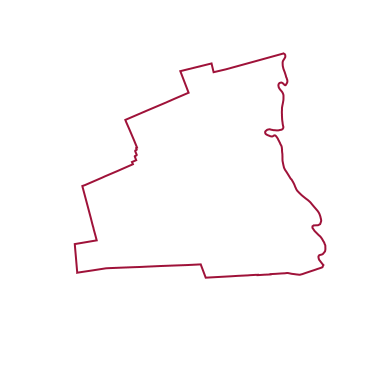 outline of Perieti, Ialomita, Romania, rotated 249°
{"feature_id": "2599482B58412168302533", "entity_name": "Perieti", "entity_type": "district", "adm_level": 2, "iso_a3": "ROU", "parent_name": "Romania", "parent_adm1": "Ialomita", "projection": "natural_earth1", "projection_center": [27.247, 44.595], "detail": "fine", "context": "isolated", "style": "outline", "palette": "rose", "viewbox_px": 384, "rotation_deg": 249, "n_neighbors": 0, "source": "geoboundaries", "source_scale": "gbopen_adm2", "svg_char_len": 4526}
<svg xmlns="http://www.w3.org/2000/svg" viewBox="0 0 384 384"><g transform="rotate(249 192 192)"><path d="M122.7,303.0L124.3,303.1L126.3,303.1L127.6,302.9L129.3,302.5L131.0,301.9L132.7,301.3L134.6,300.6L137.8,299.5L139.7,298.9L141.2,298.2L142.9,297.3L145.1,295.9L148.0,294.2L149.8,293.2L151.5,292.4L152.2,292.1L153.0,291.7L153.8,291.4L154.7,291.0L155.8,290.6L157.0,290.4L157.9,290.3L158.9,290.3L159.6,290.2L160.5,290.2L162.0,290.2L163.5,290.1L164.2,290.0L165.2,289.9L166.8,289.6L167.6,289.5L168.3,289.3L168.8,289.0L169.0,288.9L171.7,288.4L174.4,287.9L176.9,287.4L179.4,286.8L180.6,286.7L181.9,286.6L183.0,286.8L184.0,286.9L186.4,287.3L188.7,287.7L189.5,288.0L190.2,288.2L191.5,288.7L192.8,289.2L193.4,289.4L194.0,289.6L194.5,289.8L195.1,290.0L196.8,290.4L198.5,290.9L198.8,291.0L199.1,291.2L199.5,291.3L199.9,291.4L201.4,291.8L202.7,292.0L203.8,291.9L204.9,291.7L206.3,291.7L207.1,291.6L207.9,291.5L208.5,291.5L209.0,291.4L209.6,291.3L210.2,291.3L211.1,291.2L212.2,291.0L213.2,290.7L213.9,290.5L214.4,290.3L215.0,289.9L215.3,289.4L215.4,288.9L215.2,288.3L215.1,287.5L215.1,286.7L215.3,286.3L215.5,285.9L216.1,285.0L216.8,284.3L217.4,283.6L218.2,282.8L219.0,282.1L219.8,281.6L220.7,281.5L221.6,281.7L222.2,282.1L222.5,282.6L222.7,283.2L222.8,283.6L223.1,284.3L223.1,285.0L223.0,285.7L222.9,286.2L222.8,286.7L222.7,287.1L222.2,287.7L221.8,288.2L221.4,288.9L220.6,290.1L220.1,291.2L219.8,291.9L219.2,293.0L218.8,294.0L218.5,295.1L218.4,296.3L218.1,297.6L218.1,298.3L218.3,299.1L218.7,299.7L219.2,300.2L219.9,300.6L220.9,300.7L222.2,300.9L223.2,301.1L225.1,301.6L226.2,301.8L226.7,302.0L227.3,302.1L228.1,302.4L228.9,302.6L229.9,303.0L231.0,303.3L231.9,303.7L232.9,304.0L233.5,304.2L234.8,304.7L235.3,304.9L236.1,305.3L236.9,305.6L237.4,305.8L237.9,306.0L238.3,306.2L238.8,306.4L239.2,306.7L239.5,306.9L239.8,307.0L240.1,307.2L241.0,307.8L242.9,309.0L245.1,310.3L246.5,310.9L248.8,311.8L249.7,312.1L250.6,312.2L251.7,312.2L252.5,312.1L253.5,311.9L255.4,311.2L256.7,310.8L257.7,310.6L258.7,310.5L259.8,310.7L260.7,310.9L261.5,311.4L262.0,312.0L262.4,312.8L262.3,313.8L262.2,314.6L261.7,315.2L261.1,315.7L259.6,316.4L258.8,316.8L258.3,317.2L258.2,317.7L258.5,318.1L259.3,319.2L260.1,320.1L260.7,320.5L261.4,320.8L262.5,321.1L263.4,321.1L264.4,321.2L265.6,321.1L267.1,321.3L269.0,321.4L270.6,321.5L273.3,321.5L274.2,321.5L277.1,321.9L278.1,322.2L279.6,322.7L280.6,323.1L281.4,323.6L282.1,324.3L282.8,325.3L283.5,326.2L284.4,327.3L285.1,327.7L286.4,328.1L287.1,328.0L287.6,327.9L288.1,327.4L288.6,327.1L288.6,326.5L291.8,293.6L294.4,267.4L296.1,255.1L305.0,256.3L309.0,224.4L285.9,224.4L285.3,209.1L284.8,198.6L284.1,177.9L283.2,155.6L281.1,155.6L272.7,156.0L261.8,156.4L253.2,156.6L253.2,155.8L253.1,155.6L252.9,155.6L252.2,155.6L251.4,155.6L251.2,155.4L251.1,154.8L251.1,154.2L251.0,153.9L250.9,153.8L250.7,153.7L250.4,153.6L246.4,153.7L246.2,153.5L246.1,153.3L246.0,152.4L246.0,151.6L245.9,151.4L245.7,151.3L241.7,151.3L241.5,146.7L239.1,146.8L238.5,134.2L238.3,130.2L237.8,116.2L237.6,113.3L236.8,94.5L236.9,91.8L235.7,91.6L217.8,89.7L204.8,88.3L204.7,88.3L198.0,87.5L196.1,87.3L195.2,87.2L194.7,87.2L193.8,87.1L193.2,87.0L192.6,86.9L191.7,86.8L186.5,86.3L181.0,85.7L184.2,69.8L185.4,63.9L179.2,62.1L172.9,60.3L160.1,56.6L158.2,56.1L157.8,55.9L156.6,61.4L154.4,71.3L153.8,74.1L151.6,84.3L150.7,87.1L146.2,100.4L142.3,111.8L140.8,116.1L138.7,122.5L134.1,136.3L129.9,148.6L125.5,161.4L121.3,174.2L121.2,174.2L107.1,174.1L99.3,198.3L97.3,204.7L94.5,213.2L94.1,214.4L93.5,216.5L91.9,221.5L91.5,222.5L91.4,222.8L91.0,224.1L90.8,224.1L90.7,224.0L90.5,224.6L88.8,230.1L87.4,234.2L86.9,235.8L87.2,235.9L85.6,240.8L83.7,247.0L83.0,249.0L82.5,250.9L82.4,251.5L82.2,251.9L82.1,252.2L82.0,252.5L81.6,253.1L81.1,253.9L80.3,255.1L79.7,256.1L79.4,256.7L78.6,258.2L77.7,259.8L76.9,261.4L76.4,262.3L76.2,262.8L76.1,263.1L76.0,263.6L76.0,263.9L75.9,264.8L75.8,265.5L75.7,269.0L75.4,275.8L75.3,277.6L75.2,280.3L75.2,281.4L75.1,282.9L75.0,285.3L75.0,286.2L75.0,286.5L75.1,286.9L75.7,287.4L76.2,287.9L76.3,288.0L76.7,288.5L77.9,288.0L80.5,287.2L81.6,286.9L82.8,286.5L83.9,286.4L85.5,286.6L86.6,287.0L87.4,288.2L87.3,289.3L87.1,290.8L87.2,291.9L88.2,293.7L88.9,294.9L89.5,295.3L90.9,296.1L92.1,296.5L93.7,297.1L94.4,297.3L95.3,297.3L96.2,297.2L97.4,297.3L98.5,297.1L99.5,296.9L101.1,296.7L102.9,296.3L104.5,295.8L106.4,294.8L111.6,292.5L115.4,291.6L116.8,292.2L117.2,293.6L115.8,297.8L116.1,300.1L116.9,300.8L117.4,301.2L118.1,301.8L118.8,302.3L119.2,302.4L120.4,302.7L121.5,302.8L122.7,303.0Z" fill="none" stroke="#9f1239" stroke-width="2"/></g></svg>